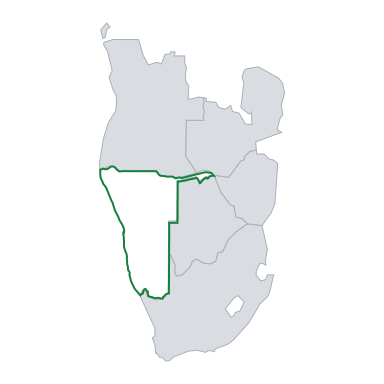 map of Namibia with South Africa, Zimbabwe, Botswana and 2 others greyed out
{"feature_id": "NAM", "entity_name": "Namibia", "entity_type": "country or territory", "adm_level": 0, "iso_a3": "NAM", "parent_name": "Africa", "parent_adm1": "", "projection": "equal_earth", "projection_center": [18.141, -22.953], "detail": "fine", "context": "with_neighbors", "style": "outline", "palette": "green", "viewbox_px": 384, "rotation_deg": 0, "n_neighbors": 5, "source": "natural_earth", "source_scale": "50m", "svg_char_len": 5864}
<svg xmlns="http://www.w3.org/2000/svg" viewBox="0 0 384 384"><path d="M139.5,294.8L143.4,289.5L146.6,292.4L147.9,297.0L156.6,299.9L161.0,299.1L168.2,293.6L168.4,253.4L170.6,255.0L175.4,265.4L174.6,272.1L176.4,275.9L182.2,274.8L190.3,266.6L192.3,261.4L196.4,258.8L203.6,263.2L210.3,263.8L215.6,261.2L218.0,252.6L222.5,251.7L228.0,240.2L235.6,232.0L247.5,223.8L262.0,225.6L267.3,249.0L265.4,261.2L265.9,265.1L261.8,263.1L259.5,263.9L256.2,271.2L256.1,275.0L260.7,280.9L265.5,279.7L267.4,274.9L273.6,274.9L269.8,291.8L267.5,296.7L260.1,303.7L249.1,322.3L233.9,339.5L227.7,344.3L215.3,348.9L214.2,351.8L209.4,350.3L205.5,352.3L197.0,350.3L188.9,351.0L174.0,356.8L169.2,360.7L165.6,361.0L162.3,357.3L159.6,357.1L156.3,352.4L155.9,353.9L154.9,344.9L152.3,337.9L154.9,335.9L154.7,327.8L139.5,294.8ZM244.1,302.1L238.0,295.6L234.2,297.8L225.2,308.8L230.9,317.0L233.8,315.9L235.4,312.5L239.9,310.9L244.1,302.1Z" fill="#d9dde1" stroke="#a8b0b8" stroke-width="1"/><path d="M262.0,225.6L247.5,223.8L242.3,218.8L236.0,217.1L233.8,206.1L230.2,204.9L221.0,192.6L213.8,175.1L228.6,177.3L240.9,160.8L243.9,159.9L245.0,155.9L249.9,151.4L256.3,149.9L256.8,154.1L263.8,153.9L269.4,159.1L273.4,159.9L277.7,163.5L274.9,203.9L271.1,213.0L262.0,225.6Z" fill="#d9dde1" stroke="#a8b0b8" stroke-width="1"/><path d="M247.5,223.8L235.6,232.0L228.0,240.2L222.5,251.7L218.0,252.6L215.6,261.2L210.3,263.8L203.6,263.2L196.4,258.8L192.3,261.4L190.3,266.6L182.2,274.8L176.4,275.9L174.6,272.1L175.4,265.4L170.6,255.0L168.4,253.4L168.6,221.1L176.7,220.7L177.2,180.9L196.4,176.6L199.6,181.2L205.0,176.8L213.8,175.1L221.0,192.6L230.2,204.9L233.8,206.1L236.0,217.1L242.3,218.8L247.5,223.8Z" fill="#d9dde1" stroke="#a8b0b8" stroke-width="1"/><path d="M258.2,66.8L278.7,78.2L282.6,83.3L284.6,93.1L281.2,105.5L282.7,114.9L279.9,118.9L277.1,129.5L281.5,132.4L255.7,141.8L256.3,149.9L249.9,151.4L245.0,155.9L243.9,159.9L240.9,160.8L228.6,177.3L213.8,175.1L208.9,170.8L203.5,170.1L196.6,172.7L185.6,156.4L186.2,120.2L203.8,120.4L203.1,116.4L204.4,112.1L203.0,106.8L204.0,101.2L203.1,97.7L206.0,98.0L206.5,101.5L215.9,102.3L218.7,107.5L225.5,109.1L230.7,105.5L232.5,111.5L239.0,113.1L245.5,124.2L251.9,124.3L251.4,112.0L249.1,114.1L240.9,107.6L243.8,82.5L241.9,77.5L244.4,70.1L246.7,68.8L258.2,66.8Z" fill="#d9dde1" stroke="#a8b0b8" stroke-width="1"/><path d="M109.9,27.0L106.8,29.4L105.2,37.4L103.0,38.6L100.7,30.0L106.7,23.0L109.9,27.0ZM104.2,42.2L113.2,39.5L138.5,39.6L143.1,55.1L148.3,64.9L156.8,62.3L161.5,64.0L164.9,54.4L170.2,53.9L170.7,51.9L175.1,51.9L174.3,56.0L184.7,55.9L184.8,63.2L186.5,67.6L185.3,74.5L185.9,81.6L188.7,85.8L188.2,99.5L199.2,97.0L203.1,97.7L204.0,101.2L203.0,106.8L204.4,112.1L203.1,116.4L203.8,120.4L186.2,120.2L185.6,156.4L196.6,172.7L181.1,177.3L160.9,175.7L155.1,170.3L119.8,171.5L114.7,166.4L109.3,166.1L100.2,170.2L99.4,163.1L103.6,137.9L108.3,122.9L115.8,110.4L116.6,101.9L116.1,95.4L113.6,91.3L109.1,77.5L112.2,70.6L107.7,51.7L103.4,44.5L104.2,42.2Z" fill="#d9dde1" stroke="#a8b0b8" stroke-width="1"/><path d="M198.0,174.0L199.8,173.5L201.5,173.1L203.5,172.6L205.1,172.3L205.5,172.2L209.3,172.6L211.0,172.9L211.6,173.2L212.3,173.9L213.7,175.7L213.3,175.6L210.8,176.0L209.8,176.5L207.6,178.6L207.1,178.4L206.6,177.9L206.1,177.8L205.2,178.3L204.2,178.9L203.1,179.8L202.2,180.6L201.9,181.1L200.6,182.8L200.1,183.1L199.7,183.2L199.4,182.4L198.6,180.6L197.2,178.3L196.8,178.1L196.6,178.0L195.6,178.1L192.7,178.8L190.2,179.3L186.4,180.3L182.4,181.0L179.9,181.5L177.7,181.6L177.7,183.9L177.7,188.5L177.7,193.1L177.7,197.6L177.6,202.2L177.6,206.7L177.6,211.3L177.6,215.8L177.5,220.4L177.5,222.4L177.5,222.8L176.2,222.8L173.5,222.8L171.1,222.8L169.2,222.8L169.2,225.5L169.2,228.7L169.2,231.8L169.2,235.0L169.2,238.2L169.2,241.3L169.1,244.5L169.1,247.7L169.1,250.8L169.1,253.2L169.1,253.5L169.1,258.1L169.1,262.9L169.0,267.8L169.0,272.6L169.0,277.5L169.0,282.3L168.9,287.1L168.9,291.9L168.9,293.5L168.1,293.4L166.4,294.0L165.3,294.8L164.9,295.7L164.2,296.3L163.5,296.5L163.1,297.0L163.2,297.7L162.9,298.3L162.3,298.7L161.2,298.6L159.7,298.0L157.7,297.8L155.4,298.2L153.7,298.0L152.7,297.3L151.6,297.0L150.5,296.9L149.8,296.6L148.4,296.1L148.2,295.3L148.0,294.7L147.6,294.0L147.6,293.5L147.9,293.1L147.9,292.4L147.7,291.5L147.3,291.1L146.8,291.1L146.5,290.7L146.3,290.0L146.0,289.5L145.2,288.9L144.3,289.3L143.8,290.0L143.5,291.0L143.3,291.4L143.1,292.3L143.1,292.9L142.8,293.5L142.6,293.7L142.3,293.6L141.8,293.9L140.7,294.8L140.4,295.3L139.4,294.4L136.8,291.1L135.8,290.2L134.4,288.2L131.3,281.9L130.9,280.7L130.2,277.7L129.5,275.4L129.5,274.1L129.8,273.4L129.6,272.4L129.2,271.5L128.2,270.3L127.8,266.4L127.1,263.9L127.2,261.8L126.9,259.8L126.8,258.6L127.0,256.3L126.4,253.6L125.2,250.9L124.1,247.1L124.0,245.5L124.0,241.0L123.8,239.1L123.8,237.0L123.4,234.7L123.2,233.5L123.5,232.5L123.6,232.9L123.9,233.0L124.1,231.7L124.2,230.6L123.6,227.8L122.4,224.9L119.5,220.2L118.8,218.4L118.3,216.9L115.1,210.7L113.6,206.3L112.6,202.6L111.5,200.8L106.5,188.5L105.4,186.5L103.4,184.1L103.0,183.3L102.2,181.1L100.7,178.1L100.3,175.2L100.2,172.0L100.3,169.6L101.6,169.3L102.6,168.7L103.4,168.6L104.3,169.1L105.1,169.2L105.5,169.1L107.1,169.2L108.0,168.6L109.0,168.0L109.7,167.5L110.5,166.9L111.7,166.4L112.3,166.4L113.2,166.6L114.2,166.9L114.8,167.2L115.6,168.4L116.7,169.4L117.5,170.0L118.5,170.8L118.8,171.2L119.2,171.3L119.4,171.4L121.2,171.3L122.8,171.1L124.5,171.1L127.7,171.2L130.9,171.2L134.1,171.2L137.3,171.2L140.5,171.2L143.7,171.2L146.9,171.2L150.1,171.2L151.5,171.2L153.8,171.2L156.2,171.3L156.4,171.3L156.7,171.6L156.9,171.8L157.8,173.2L158.9,174.7L159.8,175.4L160.9,175.8L161.9,176.0L162.8,175.9L164.4,176.1L166.6,176.6L168.9,176.7L171.2,176.5L172.9,176.8L173.9,177.5L174.8,178.0L175.8,178.3L177.2,178.1L178.9,177.5L180.4,177.6L181.1,178.0L181.5,178.0L184.0,177.5L186.0,177.0L189.1,176.2L191.6,175.6L195.3,174.6L198.0,174.0Z" fill="none" stroke="#15803d" stroke-width="2"/></svg>